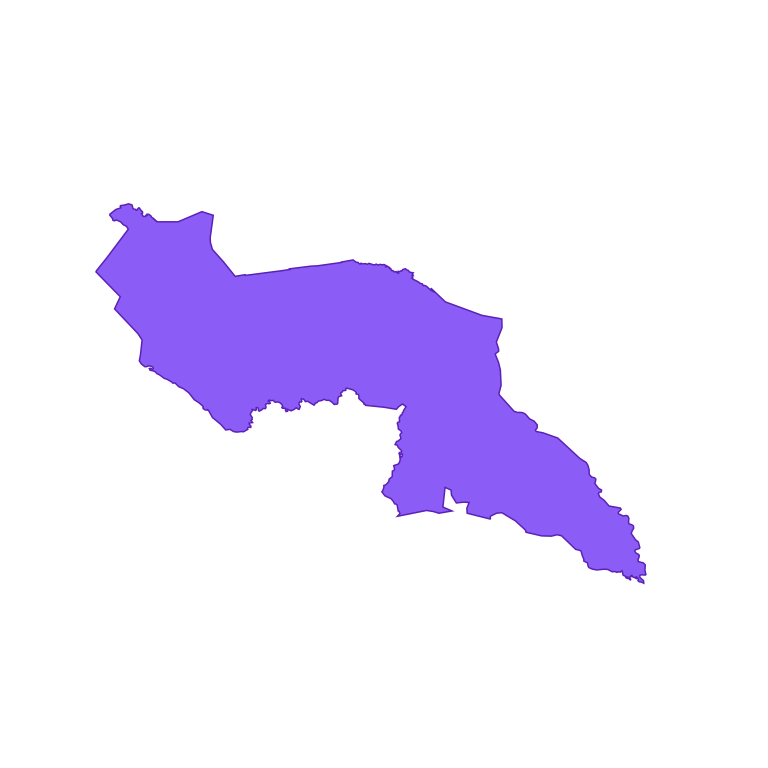 outline of Pelēču pag., Preilu, Latvia, rotated 206°
{"feature_id": "27541924B42049645458782", "entity_name": "Pelēču pag.", "entity_type": "district", "adm_level": 2, "iso_a3": "LVA", "parent_name": "Latvia", "parent_adm1": "Preilu", "projection": "natural_earth1", "projection_center": [26.741, 56.146], "detail": "fine", "context": "isolated", "style": "filled", "palette": "violet", "viewbox_px": 768, "rotation_deg": 206, "n_neighbors": 0, "source": "geoboundaries", "source_scale": "gbopen_adm2", "svg_char_len": 6111}
<svg xmlns="http://www.w3.org/2000/svg" viewBox="0 0 768 768"><g transform="rotate(206 384 384)"><path d="M167.8,402.1L175.2,402.9L204.1,411.6L219.8,409.8L226.4,408.0L227.7,409.0L227.1,411.6L228.3,414.4L232.7,416.4L238.0,416.5L243.3,418.8L245.4,419.1L247.7,418.8L251.8,416.9L255.2,416.5L275.2,424.6L276.5,425.8L278.2,434.2L285.6,447.7L290.5,453.6L297.0,459.5L297.1,460.1L295.4,463.4L295.4,464.1L296.7,466.1L301.4,470.9L302.6,486.3L306.6,494.1L326.2,488.6L364.8,484.7L383.9,490.7L380.9,488.8L383.4,488.9L388.7,490.5L391.1,490.3L391.9,489.6L393.4,490.8L395.8,490.3L397.2,490.8L404.0,490.9L404.5,491.7L405.4,491.6L405.0,492.4L406.2,494.0L405.3,494.3L406.8,495.6L406.5,496.7L409.9,495.8L412.2,496.8L413.5,496.5L415.3,497.0L417.4,495.1L417.5,493.4L418.3,493.2L419.6,491.6L420.7,491.5L420.7,490.9L419.6,490.1L420.1,489.6L422.5,490.4L422.8,489.8L424.4,489.3L425.7,489.9L426.9,489.3L428.4,490.5L429.7,490.3L429.8,491.0L430.3,491.1L432.4,491.3L433.5,490.3L433.5,491.2L434.4,490.9L434.5,491.4L436.4,491.4L437.8,490.4L440.2,489.7L441.2,488.4L443.6,488.3L444.6,487.0L445.8,486.5L450.3,485.9L451.7,484.1L453.2,484.2L456.1,482.5L457.6,482.5L457.9,481.4L459.3,481.3L460.5,481.9L462.6,481.2L466.1,482.0L475.8,474.9L475.5,474.6L495.7,461.0L501.5,457.8L519.4,446.1L518.8,445.7L524.4,441.8L556.1,420.9L556.7,421.4L565.0,415.5L581.8,423.4L597.2,429.7L601.9,434.9L604.3,439.2L611.4,460.8L623.2,459.1L640.2,439.5L659.3,430.2L659.9,430.8L661.3,430.6L661.7,431.2L663.0,431.1L663.4,431.8L665.7,431.9L667.4,433.0L670.1,433.4L671.4,432.7L670.9,431.8L672.0,431.2L671.6,430.2L673.9,429.2L676.5,430.6L675.8,431.5L676.5,432.9L679.1,433.8L681.0,435.0L681.7,434.8L682.2,433.4L682.1,432.3L682.8,431.5L683.8,432.1L685.6,431.5L686.6,431.7L688.7,434.3L689.4,434.5L692.7,433.9L695.8,431.0L699.0,428.9L699.1,428.3L697.8,427.0L701.6,423.2L704.8,416.5L704.4,415.5L700.7,413.8L699.4,412.3L697.6,412.6L696.5,414.1L691.8,414.3L688.3,412.9L684.5,412.8L681.7,411.0L688.5,375.7L692.1,359.8L692.0,358.5L659.3,346.8L659.1,333.4L627.2,321.4L620.7,317.5L615.6,303.2L614.1,297.6L610.8,295.6L606.7,294.7L605.4,295.2L602.9,297.5L599.7,297.9L598.7,297.6L598.1,296.6L598.5,295.9L601.1,295.6L601.7,295.0L600.3,293.8L596.8,294.7L594.9,294.7L592.8,293.8L589.7,293.8L584.0,292.7L581.4,293.1L575.9,292.8L574.1,292.2L572.3,293.3L567.2,291.6L562.3,291.9L555.5,290.5L547.7,286.7L541.9,286.0L536.6,284.5L536.3,283.2L535.6,282.6L533.5,282.3L531.2,283.1L531.2,283.6L530.1,283.3L523.5,278.7L512.8,276.1L506.1,273.3L502.6,275.7L498.3,275.3L495.3,276.2L491.0,278.9L489.4,279.4L486.5,283.5L487.3,284.4L487.1,285.6L484.7,286.6L485.3,287.9L487.5,288.9L488.1,289.8L485.2,291.7L487.6,293.0L486.9,294.3L487.6,295.1L487.7,296.1L490.8,297.9L491.0,300.3L490.5,302.2L491.3,303.4L487.8,303.9L487.5,305.0L488.5,306.6L487.6,307.3L486.4,307.2L485.3,305.2L484.2,304.9L482.7,306.9L481.9,309.0L479.8,309.9L479.8,311.4L481.4,313.2L481.1,314.5L480.3,315.4L478.6,315.9L477.8,316.8L479.0,317.8L480.6,318.0L480.2,319.2L478.0,319.6L476.3,320.8L474.6,319.9L473.3,320.1L471.9,321.2L469.9,321.6L466.6,320.8L465.1,319.1L465.6,318.3L465.4,317.9L464.5,317.8L461.7,319.0L461.1,318.1L461.3,317.4L459.9,316.3L458.7,317.3L459.5,319.0L455.7,319.2L453.5,321.9L452.5,324.2L450.0,323.8L449.1,324.1L449.4,327.1L451.6,328.7L452.1,329.8L451.8,331.0L450.5,331.4L450.2,332.3L451.7,333.9L451.7,334.7L449.2,335.0L447.0,333.7L445.0,335.0L437.7,334.3L437.3,334.8L437.5,336.4L436.1,337.8L435.5,339.9L432.9,341.7L431.1,344.0L428.5,344.1L426.1,345.3L423.4,345.0L419.8,343.8L417.3,345.4L417.1,346.2L419.3,351.7L419.0,352.8L416.9,354.9L418.8,356.4L418.9,357.2L418.2,358.2L417.9,360.0L415.7,361.4L415.6,362.0L416.2,362.8L416.3,363.5L415.8,363.9L409.6,365.1L407.2,364.9L405.2,364.2L404.9,363.0L404.5,362.8L402.5,363.4L401.3,362.3L400.5,360.2L399.6,359.7L393.7,358.1L393.4,357.2L392.0,357.4L391.3,356.7L373.8,363.1L361.8,366.7L360.8,370.2L358.6,374.1L354.2,373.3L354.8,368.8L354.4,367.7L354.9,366.0L354.3,364.3L355.5,363.1L355.2,361.9L355.6,360.7L353.5,356.9L354.9,355.4L354.7,354.2L353.8,353.6L351.2,349.7L348.4,349.4L346.8,348.1L347.4,346.1L347.2,344.9L345.6,343.4L344.9,342.1L346.5,338.7L347.5,337.9L347.5,334.4L345.3,334.8L343.2,333.1L339.3,331.9L338.5,331.2L338.5,330.5L339.8,329.4L340.2,328.4L338.7,326.8L337.6,329.0L336.6,328.9L336.0,327.2L336.4,325.7L338.5,326.5L336.2,322.9L335.8,320.4L336.1,318.3L339.5,314.9L337.1,312.0L337.3,310.5L338.3,309.3L336.0,304.3L337.7,300.8L337.0,298.3L337.7,295.6L338.2,294.2L339.7,292.7L338.9,291.4L338.6,289.6L338.4,287.1L338.7,286.2L334.2,283.9L327.3,284.0L323.7,282.3L322.0,280.9L320.7,281.4L319.1,280.9L315.5,276.0L314.7,276.3L312.9,274.5L313.9,271.0L290.3,289.0L283.8,291.0L278.0,291.9L267.2,299.7L277.1,299.2L283.8,317.8L277.3,318.1L274.6,313.7L266.8,308.8L260.5,312.8L255.6,314.8L255.1,308.7L252.6,304.3L229.7,309.1L229.3,309.4L230.3,311.6L230.1,312.2L226.2,317.2L221.7,320.0L206.0,318.6L193.0,314.8L191.3,313.0L175.7,316.6L166.9,320.6L162.3,324.4L157.9,325.4L139.3,319.4L135.0,320.3L133.6,320.2L130.5,316.6L127.6,314.1L126.7,312.4L122.7,312.4L120.6,309.6L119.3,308.8L115.8,308.9L111.3,310.1L104.9,314.1L101.6,315.4L96.5,315.3L94.4,316.6L92.1,316.8L90.5,318.3L89.2,318.5L88.2,320.5L85.1,316.9L83.3,317.1L81.4,315.9L80.3,316.0L81.0,317.1L80.5,317.4L77.5,315.9L76.6,316.1L76.7,316.7L78.0,317.2L78.4,318.5L77.6,319.0L78.0,319.9L77.4,320.7L76.0,319.7L74.0,319.7L72.8,320.9L72.5,319.8L72.0,319.6L71.7,319.8L71.8,321.0L71.2,321.0L69.7,320.0L69.6,318.6L68.1,318.1L65.6,318.8L63.2,318.8L64.5,321.0L69.0,322.3L70.1,323.6L70.1,324.2L69.2,325.2L65.3,326.9L65.1,327.6L67.8,330.9L69.9,336.0L72.5,336.9L77.5,335.9L78.7,337.4L78.8,340.0L79.4,341.8L80.4,342.4L83.8,342.6L85.4,343.8L85.4,345.1L82.4,348.1L82.4,349.2L86.2,353.5L89.7,354.3L96.2,358.0L96.6,360.8L96.3,363.7L97.5,365.7L98.9,366.1L102.6,365.8L103.7,367.1L105.0,370.6L106.8,372.1L108.6,372.1L111.0,370.3L116.2,370.1L117.0,370.9L117.1,371.7L115.9,375.2L117.2,376.1L128.3,373.0L134.9,375.9L140.7,377.1L143.4,379.6L142.9,381.0L141.4,382.3L142.0,384.1L145.4,384.3L150.7,386.9L151.8,391.2L152.6,391.7L153.6,392.0L156.5,391.4L159.5,392.5L160.3,393.3L162.0,396.8L164.9,400.1L167.8,402.1Z" fill="#8b5cf6" stroke="#5b21b6" stroke-width="1.5"/></g></svg>